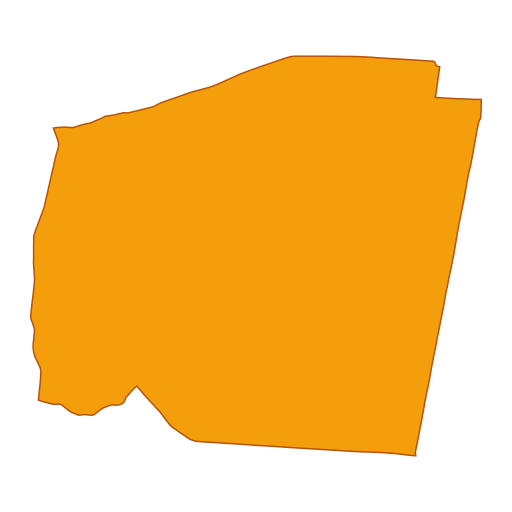 Benito Juárez, Distrito Federal, Mexico (Robinson projection)
{"feature_id": "50627088B57941954628474", "entity_name": "Benito Juárez", "entity_type": "district", "adm_level": 2, "iso_a3": "MEX", "parent_name": "Mexico", "parent_adm1": "Distrito Federal", "projection": "robinson", "projection_center": [-99.164, 19.38], "detail": "fine", "context": "isolated", "style": "filled", "palette": "amber", "viewbox_px": 512, "rotation_deg": 0, "n_neighbors": 0, "source": "geoboundaries", "source_scale": "gbopen_adm2", "svg_char_len": 4487}
<svg xmlns="http://www.w3.org/2000/svg" viewBox="0 0 512 512"><path d="M53.4,128.0L56.0,135.1L56.2,135.8L57.0,138.0L57.9,140.4L58.2,141.3L58.3,142.2L58.5,143.0L58.5,144.6L58.5,146.2L58.2,148.0L56.0,155.4L55.2,158.3L53.6,165.6L51.5,174.6L50.4,179.6L50.2,180.5L49.0,185.8L47.9,190.6L47.7,191.6L46.6,196.4L45.3,202.1L44.0,207.7L43.5,209.2L40.3,217.6L39.1,220.8L37.3,225.8L36.8,227.3L36.2,228.7L34.2,234.5L34.1,234.9L34.0,235.4L33.7,237.4L33.6,246.3L33.6,248.8L33.6,253.1L33.6,257.1L33.5,263.3L33.9,269.2L34.0,270.4L34.4,276.6L34.5,278.1L34.5,279.9L34.4,282.1L33.4,291.8L33.3,293.0L32.4,300.1L31.4,308.9L30.8,314.4L30.7,316.1L30.7,316.7L30.9,317.8L31.0,318.7L31.7,321.1L32.4,322.7L33.0,324.5L33.8,326.6L34.1,328.0L34.3,329.1L34.4,330.9L34.4,332.1L33.7,339.1L33.2,343.7L33.1,345.2L33.1,347.2L33.3,349.4L33.5,351.3L33.8,352.6L34.3,354.5L34.5,355.4L35.2,357.3L35.9,358.7L37.5,362.1L39.1,365.3L39.8,366.8L40.3,368.2L40.6,369.6L40.7,370.4L40.8,371.3L40.9,372.2L40.7,375.2L40.4,380.1L39.6,388.7L38.4,400.1L42.8,401.6L45.4,402.3L52.9,404.2L56.2,404.3L57.9,404.0L59.0,404.1L59.6,404.2L60.4,404.4L61.2,404.7L62.3,405.3L68.5,410.5L70.1,411.4L71.3,412.2L78.2,415.1L79.3,415.1L80.5,415.0L83.3,414.7L84.5,414.6L91.5,415.2L92.8,415.1L94.1,414.6L100.4,409.8L103.0,408.0L106.5,406.7L108.7,405.8L111.3,405.0L112.9,404.9L116.1,405.1L118.6,404.9L120.1,404.6L121.6,404.0L123.0,403.0L124.0,402.1L124.8,400.5L126.0,397.4L128.8,394.3L132.0,390.7L133.7,388.9L136.7,386.1L140.8,390.7L144.2,394.8L156.1,407.8L158.4,410.2L159.4,411.3L160.5,412.6L166.4,420.5L169.6,424.6L171.0,426.1L172.7,427.5L181.1,433.4L181.3,433.4L187.6,437.8L189.6,439.1L190.8,439.6L192.6,440.3L195.3,441.1L195.5,441.1L199.6,441.6L204.4,442.0L210.2,442.3L213.4,442.5L214.7,442.6L220.7,443.0L231.0,443.6L241.6,444.3L254.0,445.2L254.8,445.2L263.9,445.8L270.9,446.2L274.0,446.4L276.4,446.6L281.5,446.9L288.3,447.4L289.8,447.5L290.4,447.5L290.9,447.6L295.3,447.8L307.1,448.6L309.4,448.7L313.7,448.9L317.7,449.2L326.1,449.7L330.2,450.0L331.7,450.1L337.5,450.4L340.5,450.6L343.3,450.8L349.1,451.1L355.3,451.5L361.4,451.8L365.0,451.9L367.4,452.0L368.9,452.0L373.4,452.2L377.2,452.3L379.3,452.4L382.3,452.6L384.8,452.8L386.2,452.9L388.8,453.1L393.3,453.4L397.1,453.7L397.8,453.8L400.1,454.1L403.6,454.6L406.4,454.9L407.8,455.1L408.9,455.2L415.8,455.8L415.4,453.9L415.4,452.0L417.1,443.7L419.0,433.6L420.6,425.6L421.7,420.2L422.7,414.4L423.7,408.8L424.6,403.6L425.5,398.9L426.5,393.4L427.7,388.1L428.8,383.1L429.7,378.1L430.6,372.9L431.3,368.6L432.6,361.8L433.6,356.6L435.4,348.2L437.2,338.2L438.7,331.1L440.7,320.6L442.4,312.3L444.1,303.6L444.5,300.6L445.5,295.2L446.0,292.4L447.8,284.0L449.0,277.4L451.4,266.4L453.6,255.2L454.7,249.2L455.6,243.5L455.9,241.8L456.4,238.9L457.3,233.3L457.7,231.2L459.3,222.3L459.7,220.6L461.5,211.6L461.5,211.2L461.9,209.6L462.8,205.3L463.1,203.8L464.5,196.7L465.8,189.2L466.1,187.6L467.0,182.1L467.9,177.6L468.2,175.6L468.5,173.8L470.6,165.6L470.8,164.3L472.7,154.3L473.0,152.8L473.2,151.7L474.3,145.3L474.5,144.3L475.8,137.0L476.0,135.7L477.3,128.3L477.7,126.7L478.7,122.2L479.7,119.9L480.6,118.3L481.1,110.6L481.3,99.5L477.0,99.4L474.5,99.4L470.2,99.2L466.5,99.0L462.8,98.9L458.4,98.8L453.5,98.5L449.4,98.3L445.2,98.1L441.7,97.9L435.3,97.4L436.3,91.8L437.5,82.8L438.0,79.2L438.2,77.4L439.7,66.8L438.9,66.6L437.5,66.2L436.4,65.5L435.8,64.7L435.4,63.6L435.0,62.5L434.1,61.5L433.7,61.3L432.0,61.1L427.8,60.9L420.9,60.4L414.2,60.0L408.0,59.6L401.7,59.2L394.9,58.8L389.5,58.5L383.9,58.1L378.0,57.8L371.1,57.2L370.2,57.2L364.5,56.9L358.5,56.6L356.1,56.5L352.1,56.5L351.2,56.4L350.0,56.4L342.9,56.4L339.5,56.3L332.6,56.3L331.9,56.3L327.9,56.2L323.2,56.2L318.1,56.2L301.3,56.2L295.6,56.2L294.4,56.2L291.6,56.5L289.8,56.8L288.2,57.3L284.1,58.5L281.0,59.6L278.1,60.5L274.8,61.7L269.7,63.5L264.9,65.1L261.7,66.2L260.8,66.5L257.6,67.7L254.3,68.8L250.5,70.2L247.6,71.3L245.1,72.2L243.4,72.8L239.3,74.4L235.5,76.1L232.3,77.6L228.6,79.3L224.1,81.3L219.7,83.2L214.9,85.3L211.8,86.5L209.2,87.3L207.9,87.7L201.5,89.4L191.9,92.0L190.5,92.4L177.1,97.1L170.9,99.3L168.8,100.0L164.4,101.6L163.7,101.8L161.0,102.8L160.8,102.9L160.5,103.0L153.0,106.8L149.2,107.7L144.8,108.8L144.2,109.0L136.8,110.8L133.4,111.6L128.2,112.9L123.7,112.7L119.0,113.7L113.1,115.2L111.2,115.3L107.5,116.1L104.6,116.4L103.6,117.2L102.0,118.1L95.0,121.0L89.9,123.2L88.5,123.4L86.8,123.6L81.8,124.8L81.0,125.1L76.2,126.6L73.2,127.5L72.3,127.6L64.5,127.1L64.2,127.1L62.5,127.2L57.5,127.5L56.7,127.6L53.4,128.0Z" fill="#f59e0b" stroke="#b45309" stroke-width="1.5"/></svg>